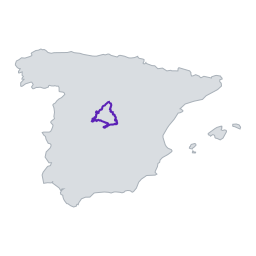 where Madrid sits in Spain
{"feature_id": "ESP-5833", "entity_name": "Madrid", "entity_type": "Autonomous Community", "adm_level": 1, "iso_a3": "ESP", "parent_name": "Spain", "parent_adm1": "", "projection": "robinson", "projection_center": [-3.775, 40.528], "detail": "fine", "context": "in_parent", "style": "outline", "palette": "violet", "viewbox_px": 256, "rotation_deg": 0, "n_neighbors": 0, "source": "natural_earth", "source_scale": "10m", "svg_char_len": 7200}
<svg xmlns="http://www.w3.org/2000/svg" viewBox="0 0 256 256"><path d="M137.7,56.3L137.8,57.0L139.1,58.3L143.1,59.1L144.1,59.7L143.9,61.5L143.0,63.1L143.8,63.8L144.8,63.8L145.9,62.5L146.2,63.4L148.0,64.1L152.0,65.6L154.8,65.8L157.8,68.7L162.5,68.1L166.8,70.9L170.8,70.3L171.7,70.8L177.9,70.9L178.1,68.6L178.9,67.7L189.7,70.9L191.0,72.8L190.8,73.8L191.5,76.0L192.9,75.9L195.7,74.7L199.4,76.2L200.4,77.6L201.1,77.7L203.9,76.3L211.4,78.0L211.6,76.9L212.2,76.6L215.3,75.6L216.5,75.4L220.6,76.1L221.1,77.4L221.9,77.9L222.2,79.0L219.9,79.7L219.7,81.6L221.2,83.2L221.5,86.0L217.6,89.6L206.2,95.7L202.5,99.4L194.0,101.2L185.2,104.0L180.0,108.8L181.4,109.2L183.0,110.9L182.5,111.6L180.2,112.7L178.1,113.1L174.3,119.1L169.1,125.3L167.2,128.1L163.0,135.4L163.0,137.5L165.2,144.7L166.4,146.7L168.1,148.3L171.3,149.6L172.1,151.0L171.1,152.2L167.9,154.5L162.4,157.6L160.1,160.0L159.6,162.4L158.0,163.4L157.4,166.7L155.3,171.2L155.1,172.4L156.9,174.1L155.2,175.1L146.6,175.5L141.4,179.1L138.7,182.2L136.4,188.1L133.5,191.6L132.2,192.2L130.2,190.7L127.7,190.5L125.2,191.0L124.0,192.2L122.0,192.8L120.0,192.3L115.8,191.9L114.0,192.0L111.1,193.0L108.6,192.3L104.3,192.0L95.2,192.8L94.0,193.1L89.9,197.1L85.5,197.2L81.5,198.8L78.8,202.7L78.2,204.7L77.4,204.2L76.8,204.4L76.5,206.0L73.7,207.0L70.6,205.7L68.0,203.8L66.7,203.6L64.5,200.7L63.5,198.8L62.9,196.7L62.8,195.3L60.9,194.4L60.4,192.6L61.9,190.1L63.8,188.8L62.0,188.9L60.7,190.5L59.1,187.9L52.5,183.0L52.9,181.3L51.8,182.6L51.0,182.9L47.6,182.7L43.7,183.3L42.1,175.0L43.2,172.1L47.6,166.4L50.4,165.6L51.5,162.7L49.0,162.8L45.1,157.1L46.2,151.9L50.2,147.9L50.9,146.3L51.1,144.9L50.3,143.8L48.2,143.3L46.0,139.1L45.5,136.5L43.7,135.0L42.2,132.5L43.6,132.1L49.2,132.1L50.6,131.4L51.6,129.7L52.7,126.8L53.0,125.1L50.8,122.6L50.8,122.1L51.1,121.3L54.5,118.6L53.9,116.5L54.5,112.3L54.2,109.7L53.9,107.7L52.8,105.0L53.5,104.0L55.3,103.0L56.8,100.9L58.9,99.0L61.6,97.6L64.8,94.4L64.3,93.0L63.2,92.2L59.3,91.6L59.1,90.9L59.1,87.5L58.2,86.1L56.7,86.2L54.6,85.6L54.1,86.0L51.3,85.9L49.4,85.3L48.6,85.8L48.4,87.0L45.1,88.3L43.3,88.2L40.3,87.2L37.0,87.5L36.6,87.3L33.7,88.7L32.7,88.7L31.5,87.0L33.2,84.5L31.8,82.2L31.0,82.1L25.6,83.8L22.4,86.1L21.2,86.4L20.7,86.0L20.7,82.8L24.0,79.3L21.9,79.1L22.1,78.1L23.4,76.5L22.1,75.3L22.2,71.9L19.2,73.0L18.5,72.8L18.5,71.4L20.3,68.7L18.5,68.4L17.1,67.3L15.4,65.0L15.4,63.9L16.4,61.0L19.0,59.7L21.5,57.8L24.9,58.1L30.0,56.5L31.8,55.6L31.8,54.5L31.2,53.6L31.7,52.8L35.9,50.5L38.4,50.2L40.9,49.0L42.6,49.8L44.1,49.5L45.8,50.4L48.0,52.5L51.3,53.3L54.0,52.7L67.4,52.5L71.3,51.5L74.2,52.7L79.9,53.3L83.4,54.4L92.9,56.1L96.4,56.2L103.3,54.4L105.2,54.9L108.0,54.0L109.3,54.2L111.1,55.4L117.2,57.0L118.8,55.6L120.0,55.3L124.4,56.2L128.8,57.9L131.1,58.0L134.5,57.6L137.7,56.3ZM221.1,129.8L222.7,130.5L224.4,129.9L225.3,130.1L226.2,130.4L226.5,131.7L223.0,138.1L220.2,139.9L217.2,138.5L215.5,138.1L215.0,137.6L214.6,135.6L213.8,134.9L212.7,134.6L210.5,136.2L209.8,135.2L208.7,135.0L208.2,134.3L208.2,133.5L215.1,128.5L217.0,127.4L221.3,126.1L221.9,126.3L221.4,127.1L222.0,127.8L221.1,129.8ZM240.6,127.2L240.0,129.0L234.8,126.7L233.1,126.4L232.7,126.0L232.8,124.3L236.3,124.0L239.1,124.9L240.6,127.2ZM193.0,147.7L192.4,149.0L189.9,148.5L189.3,148.0L189.8,146.6L190.5,146.4L190.6,145.4L191.3,144.4L194.9,143.5L195.8,144.2L196.0,145.2L193.8,147.4L193.0,147.7ZM195.6,152.7L195.2,153.0L192.4,152.8L192.4,151.9L192.9,150.8L194.0,151.9L195.6,152.1L195.6,152.7Z" fill="#d9dde1" stroke="#a8b0b8" stroke-width="1"/><path d="M117.0,122.3L116.8,122.3L116.7,122.4L116.7,122.6L116.8,122.7L116.9,122.9L116.9,123.0L117.0,123.2L117.1,123.3L117.1,123.5L116.9,123.9L116.6,124.1L116.3,124.2L115.4,124.2L115.4,123.9L115.1,123.7L114.4,124.0L113.4,124.5L112.7,124.6L112.3,124.6L112.0,124.4L111.4,124.6L109.8,124.6L109.6,124.7L109.4,125.0L109.2,125.1L108.6,125.3L108.4,125.4L108.2,125.5L107.9,125.6L107.6,125.7L107.5,125.8L107.5,126.1L107.4,126.3L107.0,126.4L106.7,126.6L106.2,126.7L105.9,126.8L105.6,127.1L105.4,127.3L105.2,127.3L105.0,127.5L104.8,127.7L104.6,127.7L104.4,127.7L103.8,127.4L103.6,127.2L103.7,126.9L103.9,126.8L105.0,126.5L105.2,126.4L105.5,126.1L105.9,126.0L106.2,125.8L107.0,125.0L107.2,124.9L107.3,124.8L107.5,124.7L107.8,124.4L108.0,123.9L108.0,123.6L107.9,123.4L107.7,123.2L106.9,122.9L106.6,122.8L106.3,122.8L106.1,122.7L105.7,122.8L105.5,122.7L105.4,122.7L105.0,122.3L104.9,122.2L104.5,122.2L104.3,122.2L104.2,122.1L104.0,121.9L103.9,121.8L103.1,121.6L102.6,121.4L101.7,121.1L101.3,120.9L101.2,120.8L101.1,120.6L100.9,120.4L100.5,120.3L100.4,120.3L100.2,120.4L100.1,120.5L99.8,120.6L99.5,120.5L99.2,120.4L98.8,120.0L98.7,119.9L98.4,119.8L98.0,120.0L97.6,120.1L97.4,120.2L97.3,120.3L97.2,120.5L96.9,120.8L96.7,121.0L96.3,120.8L96.0,120.7L95.9,120.6L95.6,120.2L95.6,119.9L95.6,119.6L95.6,119.4L95.4,119.3L95.1,119.6L94.9,119.9L94.4,120.4L94.3,120.5L94.1,120.7L93.9,120.8L93.4,121.0L93.2,121.2L93.0,121.3L92.9,121.4L92.8,121.5L92.6,121.5L92.3,121.5L91.9,121.2L92.1,120.9L92.3,120.2L92.5,119.8L92.6,119.7L92.6,119.4L92.5,119.1L92.5,118.9L92.6,118.7L92.8,118.7L93.0,119.0L93.5,119.1L93.8,118.9L93.9,118.7L94.1,118.4L94.2,118.2L94.3,117.6L94.5,117.4L94.7,117.2L94.8,117.2L95.0,117.3L95.3,117.3L95.9,117.2L96.0,117.1L96.0,116.8L96.1,116.3L96.2,116.1L96.2,115.9L96.1,115.7L96.2,115.4L96.1,115.2L96.2,114.9L96.1,114.7L96.3,114.3L96.4,114.2L96.5,114.1L96.7,113.9L96.7,113.7L96.7,113.4L96.7,113.2L96.6,112.9L96.8,112.8L97.0,113.1L97.3,113.3L97.7,113.2L98.0,113.1L98.4,113.0L98.6,112.9L98.6,112.7L98.6,112.4L98.7,112.1L98.8,111.6L99.3,110.9L100.0,109.9L100.5,109.6L100.9,109.6L101.0,109.7L101.5,109.6L101.8,109.4L101.9,109.2L102.0,108.9L102.1,108.5L102.1,108.3L102.2,108.1L102.3,108.0L102.3,107.8L102.3,107.6L102.3,107.4L102.3,107.2L102.6,106.7L102.8,106.4L103.0,106.2L103.3,105.9L104.7,105.5L104.9,105.4L105.0,105.3L105.2,105.0L105.3,104.8L105.4,104.7L105.6,104.3L105.8,104.2L106.0,104.0L106.7,103.5L107.0,103.2L107.3,102.8L107.4,102.7L107.6,102.5L107.7,102.4L108.3,102.1L109.0,101.9L109.1,102.3L109.7,102.9L109.9,103.1L110.1,103.3L110.6,103.6L110.9,103.6L111.1,104.3L111.3,105.0L111.3,105.3L111.1,105.7L111.1,105.9L111.0,106.0L110.9,106.5L110.7,106.8L110.7,107.0L110.6,107.3L110.7,107.7L110.6,107.8L110.4,107.9L110.3,108.0L110.2,108.7L110.1,108.8L110.0,109.0L109.9,109.2L109.9,109.3L109.9,109.5L110.0,109.6L110.5,109.7L110.6,109.8L110.7,110.1L110.7,110.3L110.8,110.5L110.8,110.8L110.8,111.0L110.6,111.2L110.5,111.4L110.6,111.5L110.8,111.8L111.2,111.8L111.4,111.8L111.5,111.7L111.8,111.8L112.0,112.2L112.2,112.3L112.4,112.4L112.5,112.5L112.6,112.4L112.8,112.4L112.7,112.8L112.7,113.4L112.8,113.6L113.0,113.8L113.3,114.0L113.3,114.3L113.3,114.5L113.2,114.6L113.3,114.7L113.5,114.7L113.8,114.5L114.0,114.5L114.3,114.7L114.4,114.8L114.7,115.1L114.8,115.2L114.8,115.3L114.8,115.8L114.8,116.4L114.9,116.5L115.0,116.6L115.3,116.7L115.5,116.9L115.8,117.3L115.8,117.5L115.8,117.8L115.8,118.0L115.7,118.3L115.7,118.5L115.5,118.8L115.3,119.0L115.2,119.2L115.1,119.4L115.1,119.6L115.1,119.8L115.0,120.0L115.1,120.5L115.3,120.6L115.5,120.4L116.1,120.0L116.2,119.9L116.4,120.1L116.6,120.3L116.7,120.7L116.8,120.9L116.8,121.1L116.8,121.5L117.0,122.3ZM96.9,111.5L97.2,112.1L96.1,112.2L96.2,111.7L96.5,111.4L96.9,111.5Z" fill="none" stroke="#5b21b6" stroke-width="2"/></svg>